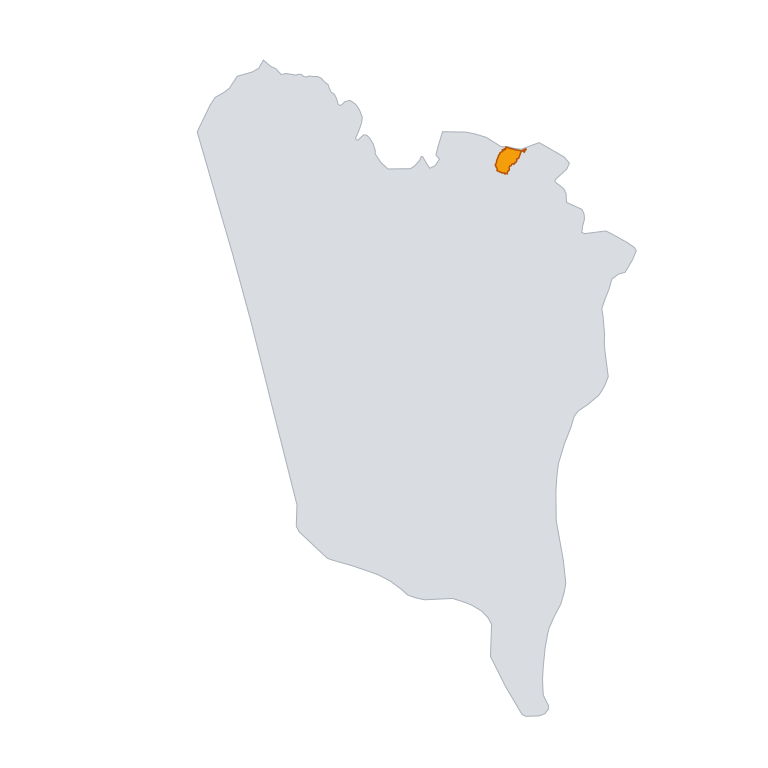 Jablah, Lattakia, Syria shown in context, rotated 107°
{"feature_id": "27442178B5090378365720", "entity_name": "Jablah", "entity_type": "district", "adm_level": 2, "iso_a3": "SYR", "parent_name": "Syria", "parent_adm1": "Lattakia", "projection": "robinson", "projection_center": [36.065, 35.345], "detail": "fine", "context": "in_parent", "style": "filled", "palette": "amber", "viewbox_px": 768, "rotation_deg": 107, "n_neighbors": 0, "source": "geoboundaries", "source_scale": "gbopen_adm2", "svg_char_len": 5261}
<svg xmlns="http://www.w3.org/2000/svg" viewBox="0 0 768 768"><g transform="rotate(107 384 384)"><path d="M118.6,271.3L124.9,272.0L138.4,279.9L140.6,279.7L144.7,269.2L148.6,265.6L156.9,262.5L159.2,245.6L163.1,242.3L167.8,240.5L175.0,240.2L181.2,239.2L181.6,236.2L172.8,216.6L173.6,211.6L177.8,191.9L180.4,184.2L182.9,181.7L192.8,182.7L206.7,186.1L210.3,191.8L217.1,196.8L227.3,196.5L239.0,197.5L248.2,197.8L255.5,194.2L272.0,187.6L280.2,185.4L287.6,182.5L311.4,171.7L321.0,172.5L327.5,173.9L332.5,175.6L343.9,183.0L353.2,190.5L359.8,192.7L371.5,192.6L388.5,194.0L409.3,193.9L421.4,191.8L436.9,188.1L464.4,179.3L500.5,160.8L521.7,151.8L530.9,150.8L542.9,150.6L555.0,153.0L568.6,154.7L574.9,154.5L589.6,152.7L608.6,148.9L620.5,145.9L634.9,140.8L643.7,132.5L646.6,131.6L650.4,133.1L652.2,133.7L656.0,138.5L660.2,150.7L660.2,152.1L659.5,155.6L650.3,165.6L637.8,179.3L628.7,187.9L613.5,202.5L602.0,205.6L582.5,210.8L577.3,215.9L572.6,224.1L569.9,235.3L569.2,242.3L569.0,255.5L573.8,269.1L578.5,282.1L579.2,290.7L579.0,299.3L574.9,308.3L570.5,320.8L568.0,334.9L567.1,361.3L567.5,383.8L567.1,387.5L559.3,403.4L550.1,422.0L545.7,426.3L525.0,431.9L502.5,445.5L477.3,460.7L454.4,474.6L430.3,489.1L405.3,504.1L387.4,514.9L363.5,529.3L341.6,543.1L319.5,557.0L302.7,567.6L277.1,584.4L262.1,594.2L240.0,608.6L220.5,621.3L197.5,636.4L168.5,631.9L159.3,629.3L151.8,622.2L146.3,618.3L132.7,614.4L123.9,600.9L118.6,596.1L109.5,594.0L113.4,585.3L114.1,579.7L118.1,572.7L115.6,568.2L114.4,558.5L112.7,556.1L112.1,553.6L113.4,550.5L112.9,547.3L111.3,545.9L110.6,541.1L109.3,537.5L110.0,533.2L112.0,530.3L114.1,524.9L116.5,523.3L120.4,519.8L121.4,516.3L124.9,512.8L129.5,510.0L130.5,507.7L129.9,506.4L125.2,503.8L122.7,499.3L124.9,492.7L126.4,490.7L129.2,487.5L135.4,482.7L140.3,481.9L144.6,481.9L151.7,482.3L157.2,483.1L158.6,481.9L158.4,480.3L151.6,476.3L151.2,473.2L152.9,469.8L157.7,464.4L163.5,460.5L166.4,459.8L173.0,451.9L177.2,443.1L170.4,421.7L166.2,418.3L159.5,415.3L155.6,414.9L155.3,413.5L160.5,408.0L164.3,403.3L160.1,398.8L152.7,396.7L149.9,401.3L140.4,401.8L125.6,401.7L119.1,379.1L118.2,369.3L118.3,358.0L122.8,341.4L120.7,333.8L120.6,328.6L119.4,321.5L107.8,306.2L114.2,278.1L118.6,271.3Z" fill="#d9dde1" stroke="#a8b0b8" stroke-width="1"/><path d="M146.8,327.6L146.4,327.8L145.9,327.9L145.4,327.9L144.9,327.9L144.3,327.6L143.9,327.4L143.7,327.3L143.5,327.2L143.4,327.2L143.2,327.1L143.0,326.9L142.9,326.9L142.6,326.8L142.2,326.8L141.9,326.9L141.3,327.2L140.9,327.3L140.7,327.5L140.4,327.6L140.2,327.7L139.9,327.7L139.5,327.6L139.1,327.5L138.9,327.5L138.6,327.4L138.4,327.1L138.4,326.9L138.4,326.7L137.9,326.2L137.6,326.1L137.2,326.1L136.7,326.1L136.4,326.1L136.2,325.9L135.9,325.6L135.7,325.2L135.6,324.5L135.7,324.3L135.8,324.1L135.7,323.8L135.6,323.7L135.4,323.6L135.1,323.6L134.9,323.7L134.7,323.7L134.4,323.7L134.2,323.6L133.9,323.3L133.5,322.8L133.3,322.6L133.0,322.5L132.7,322.4L132.4,322.3L132.2,322.4L131.8,322.4L131.6,322.4L131.4,322.4L130.9,322.5L130.5,322.7L130.2,322.8L129.8,322.8L129.7,322.7L129.5,322.4L129.5,322.1L129.4,321.9L129.2,321.6L128.9,321.4L128.6,321.2L128.3,321.2L128.1,321.1L127.8,321.2L127.7,321.2L127.2,321.1L126.6,321.1L126.3,321.1L126.1,321.1L125.7,321.1L125.4,321.1L125.1,321.1L124.7,321.0L124.5,320.9L124.3,320.9L123.4,321.0L123.2,321.0L122.9,321.0L122.5,321.0L122.1,320.9L121.5,320.6L121.0,320.2L120.7,319.9L120.6,319.6L120.6,319.3L120.6,318.8L120.7,318.6L120.9,318.4L121.2,318.1L121.3,317.9L121.3,317.6L120.8,317.5L120.3,317.4L119.8,317.5L119.6,317.5L119.4,317.5L119.2,317.3L118.6,317.0L118.1,316.7L118.0,316.8L117.9,317.0L117.7,317.2L117.8,317.3L121.3,321.2L121.3,321.5L121.0,321.9L120.9,322.2L121.1,323.4L121.4,325.2L121.6,326.6L121.5,328.3L121.9,332.5L121.6,335.2L121.6,336.0L121.9,336.8L122.5,336.5L123.0,336.3L123.7,336.3L124.5,336.7L124.9,337.6L125.2,337.7L125.3,337.9L125.2,338.0L124.7,337.8L124.2,336.9L123.9,336.6L123.2,336.6L123.4,336.8L123.5,336.8L123.7,337.0L123.7,337.4L123.8,337.7L124.0,337.9L124.5,337.9L124.9,337.9L125.2,338.0L125.3,338.3L125.3,338.8L125.4,339.3L125.6,339.4L125.9,339.3L126.1,339.2L126.3,338.8L126.3,338.7L126.5,338.6L126.9,338.6L127.1,338.7L127.4,339.0L127.8,339.5L128.3,340.1L128.7,340.5L128.9,340.7L129.3,340.7L129.5,340.7L130.1,340.6L130.6,340.7L130.9,340.7L131.2,340.8L131.4,341.0L131.5,341.2L131.6,341.3L131.8,341.3L132.2,341.2L132.3,341.2L132.6,341.2L132.9,341.2L133.0,341.2L133.5,341.2L133.7,341.3L133.8,341.3L134.1,341.4L134.5,341.4L134.9,341.3L135.1,341.3L135.3,341.4L135.5,341.3L135.8,341.4L136.1,341.5L136.6,341.5L136.9,341.5L137.3,341.6L137.7,341.6L137.8,341.5L137.9,341.4L138.1,341.4L138.4,341.3L138.7,341.3L138.9,341.3L139.3,341.2L139.7,341.2L139.9,341.2L140.1,341.2L140.5,341.3L140.9,341.6L141.3,341.7L141.6,341.7L141.8,341.6L142.1,341.3L142.3,341.3L142.5,341.2L142.8,341.2L142.9,340.9L143.0,340.6L143.1,340.4L143.4,340.3L143.8,340.2L144.0,339.8L144.3,339.4L144.6,339.1L144.8,338.9L145.2,338.6L145.9,338.5L146.2,338.3L146.8,338.4L146.8,338.2L147.1,337.1L147.2,336.4L147.2,335.6L147.5,334.8L147.4,333.9L147.6,333.2L147.7,332.9L147.5,332.5L147.4,332.2L147.3,331.9L147.1,331.1L147.1,330.8L147.1,330.7L147.1,330.2L147.7,330.1L147.6,329.8L147.7,329.7L147.5,329.3L147.2,328.9L147.0,328.6L147.0,328.3L146.8,327.8L146.8,327.6Z" fill="#f59e0b" stroke="#b45309" stroke-width="1.5"/></g></svg>